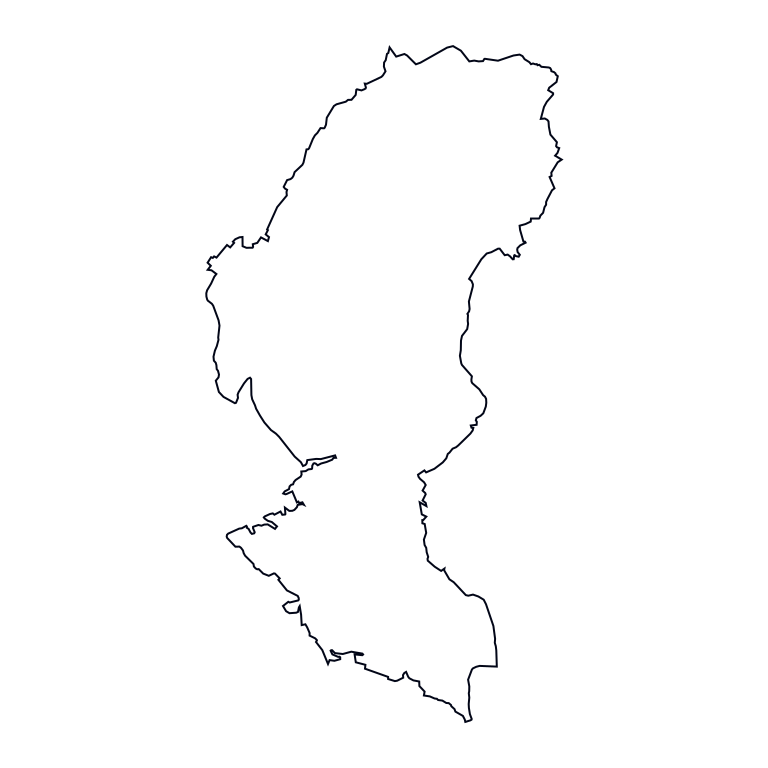 Bereni, Mures, Romania
{"feature_id": "2599482B23493570355811", "entity_name": "Bereni", "entity_type": "district", "adm_level": 2, "iso_a3": "ROU", "parent_name": "Romania", "parent_adm1": "Mures", "projection": "orthographic", "projection_center": [24.864, 46.565], "detail": "fine", "context": "isolated", "style": "outline", "palette": "ink", "viewbox_px": 768, "rotation_deg": 0, "n_neighbors": 0, "source": "geoboundaries", "source_scale": "gbopen_adm2", "svg_char_len": 6055}
<svg xmlns="http://www.w3.org/2000/svg" viewBox="0 0 768 768"><path d="M465.3,721.9L470.3,720.4L471.5,719.7L471.7,719.0L469.9,714.1L468.9,707.9L468.7,704.0L469.3,697.6L468.8,693.2L469.2,691.2L469.3,686.4L468.1,679.7L471.9,669.6L472.9,668.4L476.2,666.8L479.6,665.9L496.8,666.6L496.3,650.5L495.8,646.2L494.8,642.8L495.1,638.8L493.4,626.0L486.0,604.2L483.7,599.7L478.4,596.5L473.0,594.6L468.3,595.7L465.8,595.1L453.7,582.2L449.4,579.3L444.1,570.2L444.4,568.6L441.1,570.9L434.7,566.7L427.8,560.7L427.5,558.9L428.2,556.9L426.7,552.3L426.2,547.8L424.6,545.0L423.9,539.6L426.2,532.9L424.7,524.0L422.4,523.3L422.3,520.1L423.3,520.0L426.3,516.6L421.8,514.4L419.7,502.3L426.4,506.1L425.7,502.9L422.6,500.5L425.7,494.3L425.2,493.0L422.6,490.6L425.7,485.0L424.1,482.3L420.0,478.8L418.5,476.7L418.0,474.7L424.4,470.4L426.1,472.4L434.4,468.8L442.8,462.4L446.3,458.3L447.8,453.9L449.4,452.7L452.6,448.7L456.1,447.2L458.3,445.4L470.4,433.6L472.7,430.4L473.3,427.9L471.5,427.7L470.8,425.5L476.6,424.8L476.8,421.8L475.8,420.3L476.5,418.0L480.6,415.8L483.3,413.3L485.8,406.6L486.3,402.8L486.1,398.9L485.0,396.7L483.1,395.1L479.3,389.3L472.3,383.2L471.5,381.6L471.4,379.4L471.9,376.3L462.0,365.0L461.3,363.5L459.9,355.8L460.8,350.2L461.0,340.6L462.0,335.9L467.2,329.1L468.1,323.9L467.7,320.8L468.0,315.0L467.4,313.9L469.1,311.3L469.6,309.0L468.9,301.5L472.8,286.5L472.9,284.3L471.6,281.1L469.1,278.9L481.3,259.3L486.7,253.5L491.3,252.2L498.0,248.7L499.7,248.7L504.7,255.2L507.7,254.6L510.0,256.3L512.7,259.3L513.7,259.2L514.2,255.4L514.7,255.1L515.8,256.1L518.7,256.7L519.8,254.8L517.6,252.0L517.2,249.7L517.5,248.1L520.3,245.3L525.6,242.7L525.0,241.7L523.4,241.5L520.1,230.0L519.6,225.7L525.4,224.1L530.7,221.6L531.0,218.5L539.0,218.5L539.6,217.9L540.4,215.6L543.1,212.8L544.5,207.2L546.1,204.7L546.1,202.0L547.5,198.9L552.0,190.3L554.5,188.3L549.6,177.0L551.6,175.9L551.3,172.7L557.7,162.3L561.7,159.6L555.1,155.7L557.5,152.9L559.2,148.1L557.0,147.3L556.1,146.1L556.9,142.2L550.4,134.6L548.9,126.8L548.5,121.4L547.3,119.9L544.8,118.5L540.8,118.9L544.0,106.9L546.8,101.8L553.1,94.5L553.1,93.2L548.2,90.2L549.2,87.7L556.5,82.0L557.8,76.2L555.8,74.6L555.5,73.4L554.0,72.1L551.4,71.2L551.1,69.6L550.2,68.1L548.9,67.5L541.4,66.8L539.3,64.8L537.5,65.2L536.8,64.1L535.3,64.3L533.0,63.5L531.0,64.2L529.4,62.2L524.6,59.2L522.5,56.1L519.6,54.6L513.5,55.5L498.0,60.7L484.9,58.8L484.4,58.9L483.0,61.1L478.7,61.4L474.2,60.6L469.3,61.4L460.9,50.7L453.0,46.1L447.1,47.6L420.4,62.7L415.9,64.3L407.1,55.5L404.4,54.0L396.2,56.6L389.6,47.4L388.3,53.0L387.0,53.9L385.7,60.2L384.1,62.5L383.9,66.6L385.5,71.3L382.9,75.4L381.4,76.9L366.8,83.8L364.8,83.6L365.9,87.5L365.6,88.5L364.2,89.3L361.5,90.4L357.0,89.3L356.3,89.8L355.7,94.9L351.5,99.8L348.0,99.9L345.8,101.7L336.5,104.3L333.9,106.0L326.8,117.7L326.0,124.7L324.7,127.7L324.0,128.3L320.5,128.1L317.4,132.9L314.9,135.4L312.8,139.1L309.1,148.2L308.3,149.2L306.5,149.4L303.5,162.6L302.4,164.8L294.6,172.1L293.5,175.7L292.3,177.7L290.5,179.1L287.1,180.1L283.7,186.9L285.0,188.6L287.1,189.8L286.5,192.0L286.8,195.5L277.2,207.1L267.1,229.5L267.9,230.1L265.7,234.4L269.0,237.1L267.9,241.1L261.0,237.4L257.3,242.9L252.8,244.2L253.1,246.9L252.6,247.7L246.4,247.8L242.6,246.2L242.5,237.0L239.5,237.3L235.3,239.2L232.9,241.7L234.1,242.9L230.2,247.4L227.0,245.0L216.5,257.6L214.1,256.4L212.8,257.9L211.1,257.2L207.6,262.7L210.8,265.8L207.7,269.8L211.5,270.3L216.4,274.0L214.3,276.7L211.1,283.6L207.1,290.3L206.3,293.2L206.4,296.5L207.2,299.6L207.9,300.7L211.9,303.8L213.2,305.7L218.6,320.4L219.5,325.6L218.2,337.5L218.5,339.8L216.8,346.2L214.9,350.7L213.5,356.7L213.9,360.7L215.7,362.7L216.4,365.1L216.7,369.1L218.0,370.8L219.0,374.6L218.5,377.4L215.8,380.7L218.9,392.0L223.5,396.9L234.9,403.2L236.0,402.8L238.0,397.9L237.6,394.7L238.5,392.3L244.0,383.4L247.6,378.9L250.0,377.7L251.1,379.0L251.4,395.1L252.2,399.3L255.0,405.3L256.1,408.7L260.0,415.6L264.4,422.5L271.0,430.1L275.9,433.6L279.1,436.8L294.7,456.6L300.9,462.2L303.0,466.0L305.4,465.0L306.6,463.5L307.3,460.1L316.2,458.9L320.8,459.1L335.1,455.4L336.0,457.8L333.5,457.9L332.2,459.7L326.6,462.0L321.1,463.5L317.7,465.3L315.7,463.6L314.3,463.2L313.5,463.5L312.3,465.6L312.1,468.4L311.7,469.0L308.4,469.4L305.7,471.1L301.3,471.5L301.6,474.6L300.7,476.6L295.6,480.0L293.9,482.0L293.1,484.3L291.2,484.8L289.6,486.4L289.0,489.1L284.7,491.4L283.2,493.5L285.4,494.3L286.6,494.0L292.3,491.4L296.9,502.4L298.4,501.6L299.2,503.1L302.4,502.3L303.9,504.8L302.4,504.1L297.7,504.9L296.9,507.2L294.4,509.9L292.3,510.8L289.3,510.9L284.9,507.6L285.4,514.1L285.1,514.5L282.3,514.8L280.5,511.5L274.4,514.7L272.8,513.4L270.0,514.0L264.8,516.4L263.8,517.4L264.7,518.6L267.8,520.8L271.8,522.0L277.0,526.4L275.0,528.9L267.7,524.4L264.2,524.6L261.5,525.7L258.4,525.0L253.1,526.8L253.0,528.1L254.7,532.2L254.2,533.3L251.9,533.9L250.5,532.5L248.6,528.9L246.9,527.8L246.9,526.5L246.3,525.8L241.8,528.3L239.2,528.6L228.2,533.6L227.0,534.8L226.7,536.7L227.2,538.0L235.4,546.7L239.4,546.6L241.0,547.8L243.0,550.5L243.7,553.2L245.1,555.7L253.5,564.0L253.9,566.5L255.7,568.5L257.3,569.3L258.7,569.1L263.2,573.6L268.8,575.8L273.9,573.4L275.0,573.6L279.7,578.4L278.4,579.8L286.9,590.4L297.7,595.9L298.7,598.0L298.8,599.6L298.3,600.4L289.7,602.5L288.3,601.8L283.0,606.0L286.1,611.2L289.5,613.2L296.3,612.7L298.0,611.9L298.9,607.4L299.7,606.1L301.1,614.7L301.7,625.1L305.4,624.3L307.2,627.4L309.6,633.0L309.6,635.6L315.1,638.3L316.8,640.0L316.9,640.5L316.0,642.0L322.3,650.1L328.0,664.0L329.6,660.1L334.4,660.8L340.2,659.2L340.2,657.3L339.5,656.7L338.2,656.9L332.4,654.4L330.6,650.7L331.2,650.2L332.1,650.2L334.9,653.1L342.8,654.0L351.3,651.7L362.4,653.6L363.1,654.5L362.3,655.2L354.6,654.4L355.8,662.3L365.4,664.8L365.0,668.7L388.1,676.9L388.1,679.0L394.9,681.1L397.2,680.7L403.2,677.7L403.0,675.1L404.3,673.0L406.1,671.9L408.2,676.8L409.4,678.3L413.4,680.4L419.2,681.5L419.4,686.1L424.6,691.6L423.9,695.5L429.8,696.4L434.6,698.5L436.9,698.8L438.1,700.0L442.4,700.6L446.3,703.0L448.7,703.1L451.0,705.0L451.3,706.2L454.5,709.1L455.4,711.6L462.9,715.9L464.8,719.6L465.3,721.9Z" fill="none" stroke="#020617" stroke-width="2"/></svg>